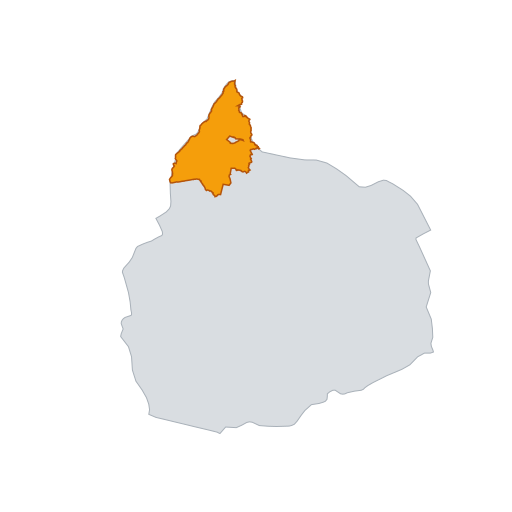 location of Hwange, Matabeleland North, Zimbabwe, rotated 63°
{"feature_id": "62879985B77670672881921", "entity_name": "Hwange", "entity_type": "district", "adm_level": 2, "iso_a3": "ZWE", "parent_name": "Zimbabwe", "parent_adm1": "Matabeleland North", "projection": "robinson", "projection_center": [26.512, -18.839], "detail": "fine", "context": "in_parent", "style": "filled", "palette": "amber", "viewbox_px": 512, "rotation_deg": 63, "n_neighbors": 0, "source": "geoboundaries", "source_scale": "gbopen_adm2", "svg_char_len": 8081}
<svg xmlns="http://www.w3.org/2000/svg" viewBox="0 0 512 512"><g transform="rotate(63 256 256)"><path d="M348.4,423.4L344.6,420.6L339.3,418.8L332.5,417.9L323.8,418.3L313.0,419.8L301.5,417.9L289.2,412.6L278.9,410.8L266.7,413.1L266.2,413.1L264.0,411.3L260.7,407.5L255.1,406.8L253.6,405.9L252.4,404.4L251.6,402.6L251.3,400.5L252.2,394.2L251.7,393.5L250.2,392.7L247.2,391.9L239.8,389.0L230.6,386.2L215.6,383.2L209.8,382.4L208.4,381.4L206.7,379.1L203.9,371.8L201.2,366.9L194.7,359.5L193.7,357.2L194.0,351.2L194.5,346.5L195.2,342.4L194.9,338.6L194.8,333.9L195.0,330.7L194.2,329.4L191.8,328.4L185.1,328.0L177.0,328.1L176.8,323.3L176.0,315.9L174.5,311.7L172.7,309.4L168.9,307.1L161.4,303.9L151.2,299.1L142.4,292.0L132.4,283.1L129.2,281.6L125.5,273.2L119.9,258.9L120.2,254.2L119.4,251.8L113.9,244.8L112.7,241.2L111.7,237.5L102.9,227.2L99.9,222.7L97.7,217.0L95.4,212.4L93.5,210.5L91.0,207.4L89.3,203.8L88.5,201.1L89.1,197.6L90.0,195.1L98.3,197.7L102.8,197.9L106.4,196.6L110.8,198.3L116.0,203.0L121.8,203.8L128.0,201.0L136.3,201.8L146.9,206.5L155.6,207.4L166.0,203.3L175.3,191.9L184.0,181.2L192.6,168.8L197.8,158.8L205.4,150.6L215.4,144.4L225.6,139.1L241.2,132.6L244.4,127.3L245.4,121.4L245.4,113.3L246.3,108.0L247.9,105.6L250.5,103.8L253.9,101.3L264.2,95.2L272.8,91.2L283.3,88.6L294.8,88.6L305.9,88.6L312.2,88.6L312.2,96.4L312.6,105.2L313.9,106.0L322.2,106.2L335.5,106.8L348.4,107.4L356.6,113.8L359.3,115.1L367.9,116.9L378.7,127.5L391.8,128.5L400.8,131.8L408.7,135.4L413.2,139.8L416.2,140.8L420.2,141.1L422.1,141.5L421.7,144.7L419.0,150.0L419.2,157.7L422.8,168.3L423.2,177.5L422.0,193.7L421.9,209.4L422.2,215.1L422.8,218.8L423.5,220.8L423.4,223.2L421.1,229.7L419.3,236.7L419.2,239.5L418.5,241.4L417.2,243.2L411.5,246.4L410.5,248.4L410.5,252.0L411.2,255.0L413.3,256.1L415.9,257.8L416.9,260.1L416.8,262.4L416.0,266.8L413.6,274.1L415.8,282.5L418.4,288.0L421.8,294.3L423.3,298.2L423.2,301.0L422.6,303.7L417.2,315.2L413.3,322.3L408.6,330.0L402.4,334.8L400.8,337.1L400.1,339.8L400.3,345.5L400.0,351.5L394.6,360.7L397.8,368.7L397.0,369.4L395.3,370.6L387.6,379.5L379.9,388.6L374.2,395.2L367.8,402.7L360.6,411.1L354.5,418.3L348.4,423.4Z" fill="#d9dde1" stroke="#a8b0b8" stroke-width="1"/><path d="M161.8,204.1L160.6,204.7L160.3,204.7L159.7,204.4L159.4,204.8L159.1,204.9L157.8,204.9L157.5,205.2L157.8,205.7L157.7,205.8L156.6,205.8L156.6,206.3L156.4,206.5L155.1,206.2L154.2,206.3L153.5,206.8L153.0,207.6L152.2,208.2L151.9,208.6L152.0,208.9L151.8,209.0L151.1,208.7L150.1,208.0L148.3,208.0L147.8,207.7L147.7,207.6L147.9,207.2L147.4,206.5L146.7,206.1L146.5,205.0L146.1,204.6L145.3,204.5L144.1,204.8L143.5,204.5L142.9,204.4L142.2,203.6L142.0,203.4L141.7,203.5L141.3,203.0L140.8,203.0L140.3,202.8L139.9,202.2L139.5,202.1L138.3,202.1L137.0,201.7L136.2,202.0L135.6,202.0L135.3,202.1L134.6,201.4L134.3,201.2L132.6,201.2L131.7,200.2L131.7,199.8L131.4,199.4L130.1,200.2L129.5,200.7L128.9,200.8L128.5,201.2L128.1,201.1L127.8,201.4L127.4,201.2L126.6,201.6L126.4,201.5L126.0,201.9L125.8,202.0L125.7,202.1L125.9,202.5L126.1,202.6L126.5,202.6L126.1,203.3L126.1,203.6L126.0,203.9L126.0,204.2L125.7,204.5L125.2,204.2L124.9,204.3L124.2,204.3L123.8,203.9L123.4,204.3L122.5,204.0L122.2,204.2L121.7,204.2L120.9,205.2L120.6,205.4L120.2,205.2L120.0,205.4L119.4,205.1L118.4,205.3L118.1,204.8L117.2,204.5L116.9,204.5L116.6,204.1L116.1,204.1L115.9,203.5L116.1,203.0L115.5,202.8L115.4,202.4L114.9,202.8L114.6,203.3L113.9,203.8L113.8,204.0L113.7,201.6L114.1,200.8L114.2,199.9L113.5,199.7L113.0,199.2L112.9,198.4L112.3,198.1L111.9,197.6L111.6,197.6L111.1,197.8L110.4,197.4L109.2,197.2L109.0,196.7L109.0,196.1L108.7,195.9L108.3,195.8L107.7,196.0L106.6,197.0L105.5,197.3L105.0,197.3L104.3,197.4L103.8,197.2L102.6,197.2L101.7,198.2L101.0,198.5L100.4,198.3L100.3,198.2L99.6,197.8L98.5,197.4L97.5,197.9L96.9,197.7L95.9,197.9L95.2,197.5L94.7,197.0L93.8,197.3L92.2,196.6L90.1,194.9L90.2,196.2L89.5,197.7L89.1,199.1L89.3,200.2L89.1,200.7L89.1,201.0L89.7,202.2L90.0,202.6L90.3,202.7L90.4,202.9L91.0,204.7L91.0,205.6L91.7,207.4L92.5,208.4L92.6,209.1L93.2,209.3L94.5,209.9L94.6,210.2L94.6,210.7L94.7,211.0L95.0,211.1L95.6,211.1L95.9,211.3L96.9,213.1L97.2,213.5L97.2,214.0L98.0,215.3L98.0,215.8L98.2,216.1L98.5,216.5L98.8,217.7L98.7,218.1L99.3,219.0L100.1,220.7L100.4,220.9L101.2,223.1L101.2,223.7L101.3,224.1L103.6,226.8L104.0,227.4L104.9,228.9L105.6,229.4L106.5,229.7L106.8,229.9L107.1,230.7L107.6,231.4L107.9,232.4L108.7,233.5L109.9,234.6L110.5,234.7L111.6,235.2L112.6,236.2L112.8,236.7L113.0,238.1L113.3,238.9L113.5,239.2L113.0,239.8L113.1,240.3L113.0,240.9L113.2,242.5L113.7,244.4L114.2,245.2L114.4,245.9L114.3,246.3L114.5,246.7L115.0,247.1L115.4,247.2L115.7,247.6L116.1,247.6L116.6,247.9L117.4,248.8L118.7,249.8L119.4,249.9L119.6,250.0L119.8,250.3L120.6,251.8L120.7,252.4L121.4,253.7L121.8,256.4L120.6,257.9L120.4,258.9L120.4,259.8L120.5,260.2L120.9,261.3L121.8,262.3L123.8,265.2L123.9,265.4L123.9,266.6L124.4,267.3L124.7,267.8L125.1,268.2L125.3,269.6L125.9,270.8L126.2,272.0L126.7,272.8L127.5,276.0L128.1,276.5L128.1,277.0L128.4,277.9L128.6,279.6L128.8,279.9L128.9,280.6L129.3,281.7L130.5,282.4L130.9,282.6L131.3,282.6L132.5,283.7L135.4,283.3L136.0,284.2L136.5,284.6L137.4,285.2L136.6,286.0L136.2,287.0L136.2,287.7L136.6,287.8L137.1,288.2L138.8,287.9L139.1,288.6L139.5,289.1L139.9,290.7L140.6,291.6L141.5,292.0L143.2,292.3L143.5,292.4L144.0,292.8L144.6,292.8L145.1,293.3L146.0,293.6L146.6,294.2L146.9,294.8L147.6,296.7L148.5,298.3L150.6,298.8L152.1,298.8L152.9,297.3L154.0,293.0L154.0,292.9L154.6,292.2L155.5,289.5L155.8,288.2L156.7,285.8L156.8,284.9L157.4,283.2L158.5,279.8L158.5,279.6L159.2,277.3L159.5,277.0L159.4,276.4L159.5,276.2L160.0,275.4L160.2,274.8L160.2,274.5L160.5,273.8L161.8,272.2L162.0,271.7L162.2,271.8L162.4,271.6L163.3,271.6L163.5,271.4L164.1,271.5L164.7,271.3L164.7,271.1L165.0,271.3L165.4,271.4L167.7,270.9L167.8,271.0L167.9,270.9L168.2,271.0L168.8,271.0L169.4,270.7L169.7,270.7L169.9,270.6L170.5,270.7L170.8,270.5L172.8,270.6L173.8,270.9L174.1,270.7L174.7,270.6L175.1,270.4L175.0,270.2L175.1,269.8L175.1,269.4L175.5,268.9L176.5,267.9L177.0,267.9L177.1,267.3L177.9,266.5L178.2,266.4L178.2,266.6L178.3,266.6L179.0,266.1L179.7,266.1L180.1,266.2L180.4,266.0L180.5,265.6L181.2,266.0L181.8,266.2L182.2,266.1L183.0,265.5L184.0,265.4L184.5,265.6L184.6,264.9L184.8,264.7L184.8,264.3L184.6,263.9L184.7,263.3L184.4,262.6L184.1,262.4L184.1,262.1L184.3,261.4L184.2,261.2L184.3,261.0L185.2,259.7L177.2,252.7L180.8,247.9L179.5,245.2L175.5,244.1L172.9,243.9L171.7,243.0L171.8,241.6L171.1,241.7L166.6,238.3L168.2,235.0L169.5,234.5L170.0,234.6L170.1,234.4L170.3,234.6L170.9,234.6L171.1,234.1L170.9,233.6L170.9,233.3L171.1,233.1L171.4,233.0L171.4,232.5L171.8,232.1L172.2,231.5L172.7,231.2L172.8,230.7L173.1,230.5L173.4,230.6L174.2,230.2L174.7,230.0L175.2,229.3L175.4,227.7L175.9,227.2L177.0,226.8L177.9,226.8L177.7,225.6L177.7,224.6L177.7,224.4L177.0,224.3L176.4,223.9L176.7,223.3L176.7,222.3L175.9,222.5L175.7,222.6L175.1,222.7L173.8,222.8L173.5,222.5L173.2,221.9L172.4,221.6L172.2,221.3L171.8,221.3L171.4,220.2L170.7,220.2L170.6,220.3L170.2,220.2L170.1,219.5L170.4,219.0L170.3,218.4L170.5,217.6L170.2,217.0L169.8,217.0L168.7,216.8L168.3,216.9L167.8,216.8L167.5,216.9L167.3,216.4L167.0,216.5L166.9,216.0L165.9,216.2L165.1,216.1L164.6,216.2L164.4,215.9L163.6,215.5L163.2,214.6L163.9,213.8L163.8,213.2L159.4,213.3L159.2,212.8L158.7,212.6L158.7,212.3L159.1,211.6L159.2,211.3L159.2,210.6L159.4,210.2L159.3,209.7L159.5,209.4L160.2,209.0L160.3,208.8L160.3,208.4L160.2,208.2L160.2,207.6L160.1,207.3L160.4,207.1L160.2,206.9L160.2,206.3L160.0,205.8L161.0,205.4L161.3,205.1L161.7,205.1L161.9,204.4L161.8,204.1ZM144.2,217.7L144.2,217.4L145.9,215.4L146.6,214.8L147.0,215.0L147.3,215.0L146.4,215.8L145.0,217.5L144.9,218.3L145.5,219.1L145.5,222.2L145.4,222.4L145.5,222.7L145.5,223.0L145.7,223.3L145.3,225.4L145.1,225.6L145.1,225.9L145.0,226.1L144.6,226.3L144.5,226.8L144.2,227.2L144.2,227.4L143.9,227.7L143.7,227.7L143.5,227.4L142.8,227.5L138.9,229.3L137.2,224.9L138.5,223.8L140.0,222.3L139.7,222.1L140.2,221.5L140.9,221.4L141.0,221.3L141.1,220.9L141.3,220.8L142.4,220.9L144.2,217.7Z" fill="#f59e0b" stroke="#b45309" stroke-width="1.5"/></g></svg>